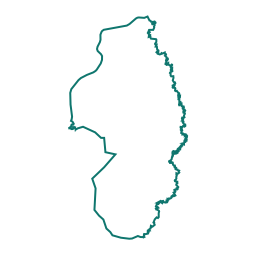 the district of General Alvear, Corrientes, Argentina, rotated 178°
{"feature_id": "61730980B3479013569835", "entity_name": "General Alvear", "entity_type": "district", "adm_level": 2, "iso_a3": "ARG", "parent_name": "Argentina", "parent_adm1": "Corrientes", "projection": "mercator", "projection_center": [-56.591, -28.773], "detail": "fine", "context": "isolated", "style": "outline", "palette": "teal", "viewbox_px": 256, "rotation_deg": 178, "n_neighbors": 0, "source": "geoboundaries", "source_scale": "gbopen_adm2", "svg_char_len": 5641}
<svg xmlns="http://www.w3.org/2000/svg" viewBox="0 0 256 256"><g transform="rotate(178 128 128)"><path d="M115.6,18.5L116.3,19.1L115.6,20.1L115.8,21.1L115.6,21.5L114.2,21.3L111.7,21.8L111.0,23.3L111.0,23.7L111.9,23.7L111.8,24.9L111.4,25.1L110.7,24.5L109.9,24.7L110.4,25.4L110.3,26.0L109.1,26.7L109.1,27.2L108.4,27.8L108.7,28.6L108.5,29.5L106.9,28.6L104.7,30.3L105.2,31.6L105.1,32.4L105.8,32.7L104.4,35.8L102.5,37.7L101.2,37.0L100.4,37.9L100.3,41.9L99.8,43.5L100.0,44.2L101.7,45.5L102.5,45.5L102.9,46.3L100.5,47.2L101.3,48.2L102.2,47.8L102.9,48.5L101.7,51.1L100.3,50.9L99.6,51.8L99.8,52.3L100.7,52.0L101.5,52.2L98.1,53.9L97.9,53.4L98.7,52.8L97.9,52.6L97.0,53.6L96.4,53.3L96.3,52.7L97.4,52.5L96.4,51.7L95.7,53.1L95.9,53.8L95.4,53.9L95.1,53.4L95.2,52.7L92.7,52.1L92.3,52.4L92.3,53.2L91.8,53.3L91.3,52.8L91.0,53.3L90.9,53.8L91.6,54.5L91.1,54.7L91.0,55.4L90.3,54.7L89.7,55.2L89.6,55.6L90.2,55.9L89.6,56.2L88.0,56.1L87.1,56.7L86.8,57.3L87.1,57.3L87.0,58.1L86.4,58.5L86.0,58.2L85.4,59.2L85.0,59.0L85.2,58.5L84.6,58.2L83.0,58.9L84.7,61.9L83.9,62.3L83.5,62.0L82.9,62.7L83.7,64.1L83.3,64.2L83.5,64.7L82.7,65.0L82.5,64.5L81.8,65.0L80.9,64.9L80.6,65.2L81.2,66.3L80.0,66.7L79.8,67.2L81.8,69.5L81.3,70.8L80.6,71.0L80.6,72.5L81.4,72.4L81.5,72.8L82.9,73.2L83.1,73.9L82.9,74.3L82.2,74.4L81.4,75.9L81.5,77.4L80.9,78.7L81.3,79.5L81.2,81.1L79.9,80.5L78.6,81.4L78.4,81.7L78.9,82.0L78.9,82.8L78.4,83.6L80.0,84.2L80.1,84.8L81.4,84.9L82.0,85.4L81.4,86.5L82.8,87.1L82.9,87.6L82.3,87.9L82.5,88.9L83.5,89.0L84.3,89.7L84.5,91.9L85.2,92.2L85.9,91.6L86.6,91.6L86.5,92.5L87.3,92.1L87.4,92.9L88.1,93.0L88.0,93.5L86.4,94.2L85.4,95.4L85.2,96.8L84.8,97.3L84.9,98.2L84.2,98.4L84.0,99.0L84.0,99.9L84.5,100.4L84.4,102.4L83.5,103.4L80.7,102.6L80.9,101.6L81.6,102.1L82.3,101.6L82.6,101.2L82.3,100.6L80.5,100.8L79.3,101.5L79.4,101.9L79.9,101.8L79.4,102.5L78.2,103.0L78.2,103.4L79.4,102.9L80.2,103.1L80.3,103.5L78.5,104.2L79.2,104.8L79.0,105.4L77.6,106.3L77.9,105.0L76.6,104.8L76.3,106.5L76.9,107.1L76.5,107.5L75.2,107.5L75.0,107.8L75.6,108.7L75.1,109.1L74.3,108.9L74.2,109.5L73.6,110.0L72.6,109.6L72.6,110.2L73.9,110.7L72.5,111.0L71.8,112.3L71.4,112.2L71.5,113.0L72.1,113.1L72.0,113.5L71.1,113.6L70.0,113.2L69.9,113.6L70.7,113.9L70.8,114.7L71.2,115.1L71.0,115.4L70.4,114.8L70.0,114.9L70.6,116.3L70.5,116.7L69.5,116.6L69.2,118.0L69.7,118.7L71.3,118.1L70.8,119.7L71.9,119.9L71.7,119.1L72.1,119.0L72.7,119.6L73.9,119.6L73.6,120.8L75.0,121.2L74.7,122.7L73.9,123.5L74.0,124.0L75.1,123.9L75.3,124.2L74.3,125.2L74.3,125.6L75.1,125.9L75.0,126.3L75.5,126.9L75.4,127.3L73.4,127.1L72.9,128.1L72.1,128.0L71.5,128.6L71.2,127.6L70.7,127.9L70.6,128.6L70.7,129.5L71.8,129.8L73.1,131.6L72.9,132.1L72.3,132.3L72.4,132.7L73.6,133.2L73.0,133.6L72.7,134.5L73.5,134.6L73.8,135.8L73.4,136.6L71.8,136.4L71.2,136.8L71.6,137.5L71.6,138.6L70.6,140.3L70.7,140.7L72.1,141.4L72.1,142.9L71.5,143.6L71.1,142.6L70.7,142.6L70.2,143.4L70.9,144.5L71.9,144.6L72.7,145.5L72.6,146.0L71.7,146.2L71.4,146.6L71.6,147.6L73.5,147.9L73.7,150.9L74.5,150.8L75.6,148.9L76.0,148.9L76.2,149.4L76.2,149.9L75.3,150.1L75.7,150.8L75.7,151.5L75.2,152.2L75.8,152.2L75.7,154.6L76.6,154.9L76.6,155.3L75.7,155.9L75.0,156.9L74.9,158.0L76.2,157.2L76.7,157.4L76.3,158.3L76.8,159.1L76.6,159.5L76.0,159.2L75.8,159.5L76.2,160.2L75.6,160.5L75.7,161.0L76.9,161.9L77.9,163.4L78.8,163.1L79.7,163.7L79.3,166.0L79.6,166.5L81.8,166.7L82.0,167.1L81.7,167.8L81.9,168.9L80.4,169.7L80.6,169.0L80.2,168.7L79.7,169.5L80.1,170.3L79.2,171.0L79.5,172.0L80.7,172.4L81.6,174.0L80.8,176.5L80.9,178.2L83.0,178.1L83.6,179.1L83.5,180.8L84.2,181.5L84.0,182.0L81.7,183.2L81.8,184.2L83.1,184.1L83.3,184.5L82.7,185.7L82.0,185.5L81.7,186.3L81.7,186.8L83.0,186.7L83.2,187.1L82.8,188.3L81.7,189.3L81.7,189.7L82.1,189.9L83.0,189.0L84.1,189.0L85.5,190.2L85.5,191.5L86.1,191.1L85.9,190.3L86.3,189.9L86.9,189.8L87.0,191.2L87.4,191.4L87.9,190.3L88.3,190.5L88.2,191.4L87.3,191.9L87.7,194.2L87.5,194.8L87.1,195.1L86.5,194.2L85.7,195.3L85.8,196.1L86.3,196.3L86.6,195.7L87.1,195.8L86.9,197.3L88.5,198.9L87.4,199.9L87.6,200.6L88.5,200.9L88.6,202.2L90.8,201.2L91.8,201.7L92.1,200.9L93.7,200.4L95.8,201.2L95.9,201.9L95.1,202.2L95.1,202.7L95.8,202.8L96.4,202.2L96.9,202.7L96.4,203.2L95.1,203.3L94.8,204.0L95.0,204.6L96.1,205.3L96.3,208.3L97.5,208.4L96.5,210.5L97.9,210.7L98.0,211.3L96.7,213.0L96.6,215.3L96.9,215.8L101.9,216.5L102.5,217.7L102.4,218.4L102.9,218.7L104.1,218.3L103.9,219.4L102.6,219.6L102.5,220.2L103.9,221.0L104.9,222.3L104.6,222.9L103.3,222.7L102.9,223.0L103.9,224.3L103.5,225.3L99.4,225.2L98.3,227.4L98.5,228.5L97.8,229.6L97.9,230.3L98.5,231.0L100.0,230.8L100.3,231.3L100.1,231.8L99.4,231.9L97.5,231.5L97.0,231.7L96.8,232.5L97.7,233.5L99.4,233.1L101.4,233.5L101.8,234.4L102.8,234.7L104.6,238.7L107.9,237.5L113.4,238.1L114.8,237.9L116.2,237.2L122.8,231.9L125.6,230.4L148.7,227.0L150.3,226.0L151.1,225.0L152.3,222.2L152.4,217.1L153.1,214.8L155.6,210.3L156.2,208.0L155.6,206.0L152.4,202.7L151.4,200.8L151.6,197.0L153.0,193.4L157.2,187.4L158.4,186.2L160.7,184.8L167.2,182.5L173.3,179.6L175.8,177.6L183.3,168.8L184.5,165.1L184.6,153.4L183.5,141.3L184.0,138.7L184.7,137.1L183.2,136.2L182.1,134.1L182.6,133.3L183.9,133.5L184.3,133.2L184.6,132.7L184.1,131.3L184.7,131.5L186.8,130.1L186.7,129.7L185.3,129.9L184.7,128.9L183.2,128.9L182.2,130.2L182.5,130.7L181.9,130.9L181.6,130.2L181.0,130.3L181.1,129.8L180.6,129.4L180.5,128.5L180.3,128.8L179.8,128.5L178.3,129.4L172.9,130.8L161.0,124.8L155.3,119.1L152.2,119.0L151.4,104.6L141.5,102.1L153.2,89.6L165.5,78.6L162.5,68.8L164.4,47.3L160.0,41.4L155.8,37.4L153.1,28.3L149.3,24.6L147.3,21.3L138.9,18.6L130.6,17.3L127.8,17.4L121.9,19.7L119.3,18.6L117.0,18.5L116.4,18.1L115.6,18.5Z" fill="none" stroke="#0f766e" stroke-width="2"/></g></svg>